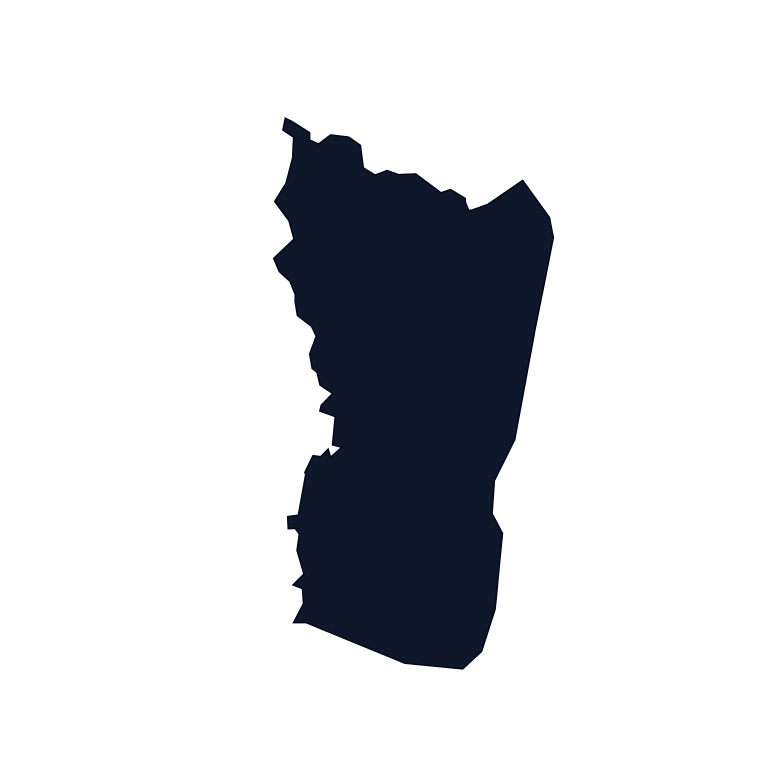 Rincón, Puerto Rico (Natural Earth projection), rotated 216°
{"feature_id": "32010507B13421931783932", "entity_name": "Rincón", "entity_type": "district", "adm_level": 2, "iso_a3": "PRI", "parent_name": "Puerto Rico", "parent_adm1": "", "projection": "natural_earth1", "projection_center": [-67.225, 18.337], "detail": "fine", "context": "isolated", "style": "filled", "palette": "ink", "viewbox_px": 768, "rotation_deg": 216, "n_neighbors": 0, "source": "geoboundaries", "source_scale": "gbopen_adm2", "svg_char_len": 1299}
<svg xmlns="http://www.w3.org/2000/svg" viewBox="0 0 768 768"><g transform="rotate(216 384 384)"><path d="M316.9,137.8L307.4,144.7L306.7,145.2L286.2,150.1L202.9,170.4L152.9,199.8L147.9,225.0L161.7,267.0L167.2,276.5L183.6,304.2L183.9,304.7L200.4,332.9L203.6,334.4L219.8,342.4L220.4,342.7L237.9,370.7L238.6,374.8L244.0,406.7L245.3,414.5L245.4,415.5L247.6,420.1L258.6,443.2L280.1,488.1L290.7,510.4L293.0,515.0L295.2,519.8L308.7,549.1L308.9,549.7L314.7,562.3L333.0,601.9L348.0,615.9L391.5,630.2L405.6,590.3L415.8,575.4L418.0,574.5L424.9,578.8L427.4,581.9L444.6,580.4L450.2,572.2L481.8,572.6L495.3,561.9L507.0,558.5L514.0,547.8L527.8,546.7L543.4,563.2L557.6,563.0L573.6,554.1L578.0,539.7L587.5,537.6L591.9,543.6L613.2,542.2L620.1,541.0L615.0,530.0L602.2,530.6L590.7,513.0L581.3,488.9L579.7,467.4L556.8,460.2L542.0,448.3L547.1,420.8L534.8,413.4L520.4,411.8L508.3,404.2L504.3,398.4L494.3,388.5L476.4,388.0L466.9,382.8L461.8,364.7L451.3,354.4L444.9,354.0L435.2,345.6L420.0,346.1L422.3,330.0L420.0,324.4L404.3,329.0L389.9,304.5L380.9,308.0L384.2,293.3L390.9,298.5L392.5,288.0L399.3,284.3L396.1,266.0L394.2,264.8L376.2,227.5L384.0,220.1L376.4,210.6L371.0,215.0L364.3,212.8L356.5,198.2L337.1,183.2L339.5,167.9L329.7,170.6L320.1,159.1L316.9,137.8Z" fill="#0f172a" stroke="#020617" stroke-width="1.5"/></g></svg>